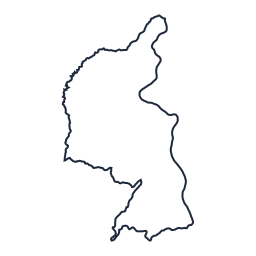 Morada Nova de Minas, Minas Gerais, Brazil (Natural Earth projection)
{"feature_id": "56859067B74316667672394", "entity_name": "Morada Nova de Minas", "entity_type": "district", "adm_level": 2, "iso_a3": "BRA", "parent_name": "Brazil", "parent_adm1": "Minas Gerais", "projection": "natural_earth1", "projection_center": [-45.395, -18.563], "detail": "fine", "context": "isolated", "style": "outline", "palette": "slate", "viewbox_px": 256, "rotation_deg": 0, "n_neighbors": 0, "source": "geoboundaries", "source_scale": "gbopen_adm2", "svg_char_len": 5792}
<svg xmlns="http://www.w3.org/2000/svg" viewBox="0 0 256 256"><path d="M187.0,228.0L187.5,227.0L187.9,226.2L188.6,225.5L189.8,225.1L191.4,224.9L192.3,223.9L193.0,222.8L193.1,221.9L192.0,218.4L191.5,217.4L190.0,213.0L187.8,208.4L187.3,207.0L184.8,203.7L183.8,201.8L182.7,198.2L182.5,197.1L182.5,193.7L182.7,192.1L183.0,191.1L184.2,189.3L185.4,184.6L185.9,182.1L185.9,180.9L185.1,177.5L184.8,176.5L182.4,171.4L180.2,168.0L176.8,163.7L174.8,161.4L174.0,160.4L173.3,159.0L172.0,156.3L171.7,155.2L170.8,151.1L170.7,149.8L171.0,147.6L171.3,146.6L171.6,145.1L172.1,141.7L172.7,139.4L173.0,137.9L172.2,134.6L172.1,131.8L172.4,130.4L172.9,129.0L173.8,127.1L176.5,123.4L177.2,122.2L177.7,120.9L177.7,117.7L177.4,116.6L176.7,115.7L176.0,114.8L174.9,114.4L173.8,114.3L170.9,115.0L168.8,114.8L168.0,114.4L167.3,113.8L166.6,113.0L166.0,112.4L164.2,111.1L162.3,109.9L161.4,109.2L159.9,107.7L159.1,106.7L158.2,105.7L157.1,105.0L154.8,104.0L153.7,103.7L151.6,102.8L148.7,102.6L147.7,102.4L146.9,102.1L145.8,101.4L144.8,101.1L142.0,99.6L140.8,98.2L139.5,95.6L139.6,92.8L140.0,91.5L141.6,89.9L143.1,88.8L147.1,86.2L148.1,85.4L149.7,84.6L151.2,83.6L152.9,82.0L153.7,81.1L154.8,80.2L155.8,79.3L156.4,78.2L156.7,77.3L156.7,75.9L156.6,74.6L156.3,73.3L156.2,71.6L156.2,69.9L156.5,68.5L156.8,67.0L159.3,63.2L160.5,61.1L160.7,60.2L160.6,59.1L160.3,58.2L159.2,56.7L157.4,55.6L155.6,54.0L155.2,53.1L154.6,51.2L154.2,50.0L153.5,49.1L152.5,48.2L151.9,46.9L152.0,45.5L153.0,43.3L153.6,42.5L154.5,41.6L156.3,40.3L156.9,39.3L157.9,36.8L159.0,35.2L160.4,34.0L162.1,33.2L162.9,33.1L164.0,32.6L166.1,31.3L166.7,29.7L166.7,27.4L166.7,26.4L166.3,25.0L164.8,20.5L165.0,18.6L163.3,18.3L161.1,16.9L159.9,15.8L158.8,15.4L157.7,16.2L156.7,16.4L154.7,17.0L153.9,17.5L153.1,18.3L152.1,18.3L151.2,18.7L150.6,20.6L150.1,21.6L149.0,22.1L148.5,23.2L148.0,23.8L147.1,24.2L146.5,25.1L146.0,26.2L145.6,27.3L144.9,28.5L144.3,30.8L143.7,31.4L142.8,32.1L141.8,32.7L140.6,33.1L139.5,34.2L138.9,35.4L138.0,38.3L136.3,40.6L135.5,41.0L133.4,41.5L132.5,41.9L131.6,42.4L130.7,43.2L129.6,45.3L129.0,46.1L128.2,46.7L127.6,47.5L127.3,49.0L126.3,50.0L123.2,50.0L122.1,50.3L120.9,50.3L119.5,49.5L118.4,49.8L116.6,50.7L115.7,51.4L114.6,50.9L113.2,50.8L111.2,50.2L108.8,50.4L106.9,49.7L105.7,49.9L104.6,49.7L104.2,48.6L103.4,48.4L102.3,49.3L101.3,49.4L100.2,49.3L99.1,49.6L98.3,50.3L98.3,51.7L97.4,52.6L96.3,52.7L95.2,52.4L94.7,53.4L94.6,54.6L94.0,55.3L92.8,55.7L91.9,56.7L91.0,57.0L90.1,57.4L88.9,58.4L87.6,58.0L86.4,58.5L85.8,59.9L83.7,61.3L82.7,61.7L82.5,63.1L81.8,63.9L81.9,66.4L80.7,66.8L79.3,66.9L79.0,68.3L78.8,69.6L78.2,70.1L77.1,70.0L77.4,71.3L76.8,72.7L75.7,72.8L74.8,72.0L74.6,73.2L73.7,73.2L72.8,73.8L73.7,74.8L73.2,75.8L71.9,75.9L70.8,76.2L71.9,77.5L71.7,79.2L71.2,80.1L70.2,80.5L69.6,81.3L68.8,81.7L67.9,81.8L66.9,82.5L66.7,83.5L66.2,84.4L65.9,85.6L67.0,85.4L67.2,86.9L68.5,87.5L66.3,88.7L66.5,89.8L65.3,90.0L64.3,89.6L64.5,90.7L63.8,91.9L63.6,93.3L64.4,94.2L64.0,95.4L63.0,96.8L64.0,97.1L64.8,97.5L65.0,98.6L64.2,99.7L64.2,101.2L64.1,102.1L63.2,102.2L62.9,103.2L62.9,104.4L64.1,105.4L64.5,106.7L65.3,107.3L65.3,108.5L65.9,109.6L65.6,112.5L66.4,113.5L67.5,114.3L68.4,114.7L69.1,115.5L68.6,116.9L69.0,118.7L69.6,120.3L69.8,121.7L70.1,122.8L69.5,123.6L69.3,125.0L69.6,126.7L69.6,127.9L69.8,128.9L70.4,129.9L70.8,130.9L70.5,131.8L69.1,133.5L68.8,134.4L68.8,135.8L68.4,136.7L67.4,137.7L66.6,139.0L66.0,140.0L65.9,141.5L65.3,142.6L65.7,143.8L66.3,144.5L67.3,145.0L68.0,145.8L67.8,147.0L67.2,147.8L66.4,148.6L65.8,149.4L65.6,150.7L66.0,152.0L65.5,153.0L65.3,153.9L65.1,156.5L64.7,157.6L64.8,158.6L64.6,160.5L65.8,160.0L66.8,159.2L68.8,158.1L69.8,157.9L70.5,159.0L71.4,159.6L72.7,160.8L73.7,161.3L75.8,161.9L77.0,161.2L78.3,161.3L79.3,160.8L80.4,160.9L81.4,161.4L82.2,161.4L84.1,161.8L84.9,162.3L85.0,163.4L86.1,163.7L87.1,163.4L88.3,164.1L89.0,165.0L91.5,165.7L92.2,166.6L93.0,167.1L93.5,168.0L96.4,167.6L97.4,167.2L98.3,167.1L99.1,167.4L99.9,167.4L101.0,167.9L102.0,167.9L103.1,168.4L103.8,169.5L104.7,170.1L106.0,170.1L107.2,169.8L108.9,168.4L110.1,167.7L111.4,167.9L111.1,169.1L111.3,171.0L110.8,172.0L110.8,173.0L111.1,174.0L111.5,175.0L111.8,176.1L112.4,176.8L113.1,177.4L113.9,179.7L114.5,181.0L115.4,181.9L117.9,181.9L119.8,183.2L120.7,183.3L122.6,182.4L123.8,182.5L125.0,183.0L127.4,183.0L129.4,183.9L130.9,185.1L132.1,187.1L133.4,186.9L134.3,185.9L134.9,185.4L135.3,184.5L136.7,183.4L137.8,181.9L139.0,181.0L140.7,179.9L141.2,181.2L141.3,182.8L141.1,184.0L140.3,185.2L139.3,186.0L138.6,187.0L135.1,190.7L133.1,193.5L132.7,194.3L132.4,196.8L131.7,198.1L131.0,199.0L129.7,200.3L129.0,201.4L128.6,202.8L128.2,205.9L127.6,207.1L126.5,207.1L126.1,208.3L125.6,209.4L125.4,210.8L124.5,211.5L121.9,211.9L120.7,212.9L120.1,214.0L117.1,216.8L115.8,218.3L115.4,219.4L115.4,220.4L115.1,222.9L115.2,225.1L115.0,226.0L114.3,227.0L112.8,227.3L112.7,228.2L114.8,230.7L115.3,231.5L115.6,232.4L115.8,233.7L115.4,235.2L113.5,236.4L113.1,237.2L112.2,237.5L111.3,238.1L111.1,239.7L111.8,240.6L113.5,240.0L114.3,239.5L117.0,235.8L117.7,235.2L118.8,233.4L119.1,232.5L119.2,231.2L119.1,229.8L121.2,229.2L121.9,228.5L122.1,227.4L122.7,226.3L123.9,225.9L125.9,225.7L126.7,225.9L127.6,226.6L129.0,229.1L130.1,229.1L131.7,227.8L132.9,227.3L134.1,228.1L136.0,230.5L137.0,231.2L138.8,231.4L139.9,231.3L142.6,231.3L144.8,230.9L145.8,230.9L146.6,231.5L146.5,233.0L145.8,234.5L145.2,235.6L145.4,236.7L146.2,237.7L147.1,238.2L148.5,239.7L149.4,240.3L150.4,240.6L151.1,239.5L151.3,238.0L152.1,236.9L153.8,235.8L154.7,235.8L155.8,235.5L157.0,234.8L157.7,234.1L159.6,233.0L161.0,231.3L161.9,230.6L163.3,230.5L164.0,230.3L164.7,229.6L167.2,228.5L168.0,228.4L168.9,228.4L169.9,228.6L170.8,229.2L171.6,230.0L172.8,230.0L174.6,229.7L175.4,229.4L176.4,228.8L177.5,228.3L178.7,227.9L181.6,228.4L184.9,227.9L186.0,228.3L187.0,228.0Z" fill="none" stroke="#1e293b" stroke-width="2"/></svg>